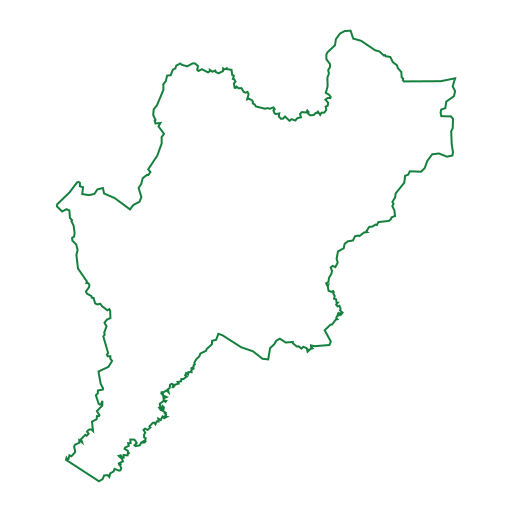 outline of Tonkpi, Dix-Huit Montagnes, Ivory Coast
{"feature_id": "98640826B98350089255378", "entity_name": "Tonkpi", "entity_type": "district", "adm_level": 2, "iso_a3": "CIV", "parent_name": "Ivory Coast", "parent_adm1": "Dix-Huit Montagnes", "projection": "albers", "projection_center": [-7.715, 7.368], "detail": "fine", "context": "isolated", "style": "outline", "palette": "green", "viewbox_px": 512, "rotation_deg": 0, "n_neighbors": 0, "source": "geoboundaries", "source_scale": "gbopen_adm2", "svg_char_len": 5963}
<svg xmlns="http://www.w3.org/2000/svg" viewBox="0 0 512 512"><path d="M209.8,69.9L209.9,71.2L208.0,72.4L201.9,69.2L198.4,71.0L197.2,69.8L198.0,66.0L194.9,63.4L192.6,63.4L187.2,66.3L182.0,64.9L180.2,63.5L176.3,65.6L175.3,68.4L172.8,69.8L170.7,75.2L167.1,75.6L165.8,81.1L163.3,84.4L163.4,89.9L156.9,105.4L153.7,109.3L153.2,115.0L155.5,120.0L154.7,120.8L155.5,123.5L160.4,123.0L158.5,126.4L164.0,133.8L161.6,137.2L161.7,143.4L157.3,155.6L148.2,169.3L150.4,172.1L148.3,175.0L147.1,174.8L142.7,178.2L141.2,184.1L138.6,188.0L141.4,197.0L139.5,201.8L133.4,204.9L130.0,209.4L114.7,198.1L104.1,193.5L102.9,188.0L97.4,189.4L94.5,193.8L92.3,194.4L88.9,195.1L82.3,194.1L83.0,187.2L79.9,186.3L79.9,182.8L78.5,181.9L77.0,182.5L69.6,192.3L57.2,204.3L56.9,206.4L62.2,211.5L66.5,209.2L69.4,210.5L69.9,217.9L72.0,220.1L71.4,221.2L73.6,225.6L74.6,233.1L74.1,236.5L72.1,237.9L72.4,240.6L76.3,244.6L77.6,250.2L76.4,254.8L78.0,268.5L87.0,281.6L86.4,283.0L88.4,283.3L89.4,285.0L89.0,287.3L85.9,291.5L87.0,293.7L91.3,296.0L92.1,297.9L93.6,298.0L95.1,303.4L97.2,304.4L100.4,303.8L102.1,306.3L107.4,310.3L109.3,309.1L110.2,310.9L110.4,318.1L106.8,319.7L104.5,322.7L106.5,326.4L104.2,332.7L104.7,334.7L103.3,336.4L108.1,353.0L106.9,354.6L107.6,356.2L110.4,356.3L110.3,358.7L112.1,360.9L108.4,366.9L98.5,371.5L100.6,383.6L103.1,388.4L102.8,389.6L97.9,390.5L97.8,393.4L95.9,395.2L98.6,403.7L100.0,404.6L101.1,404.1L102.4,400.8L102.3,405.5L96.9,411.1L99.4,415.2L99.0,416.1L96.9,416.2L96.6,419.3L92.0,421.6L93.0,431.0L91.5,429.5L89.5,429.4L87.5,430.9L87.0,431.8L88.6,433.5L88.0,434.5L86.6,435.8L85.3,434.8L81.0,439.2L82.1,442.4L79.3,440.1L79.2,442.8L75.2,444.6L74.1,446.5L75.2,451.6L74.6,452.9L71.3,456.3L69.4,455.3L68.4,459.1L67.4,459.4L66.5,457.9L66.0,459.8L99.0,481.3L102.6,479.1L104.1,475.5L107.6,475.1L109.3,477.0L110.1,473.5L113.6,471.4L114.6,468.9L119.2,470.7L120.4,470.3L121.2,468.2L120.0,465.1L121.2,463.8L119.3,464.7L118.8,463.4L122.9,461.5L122.0,458.9L118.8,455.9L120.7,455.3L122.3,457.8L123.6,457.7L123.6,455.0L127.6,455.4L128.0,452.9L129.7,453.5L127.9,452.5L127.8,450.7L124.6,448.9L125.1,447.6L128.8,445.8L128.1,443.2L130.6,443.1L130.3,439.5L133.9,439.5L135.2,440.5L136.7,443.1L134.5,445.2L135.6,446.1L139.8,445.3L141.1,442.8L144.7,442.4L145.2,441.7L143.2,441.4L145.2,440.3L145.7,438.2L144.1,437.4L144.1,434.5L145.3,432.8L143.5,429.9L145.0,428.6L147.6,429.9L150.4,427.4L149.5,426.3L153.0,422.7L154.1,422.6L155.4,424.3L156.7,421.4L158.6,421.5L158.3,418.6L160.7,420.1L162.5,416.5L164.2,418.2L166.6,416.9L164.1,416.6L165.9,415.7L166.1,414.3L164.9,413.6L165.7,412.7L162.0,410.4L163.3,410.1L163.9,407.4L162.5,406.0L161.8,409.2L160.7,409.9L159.2,407.8L160.3,407.5L159.8,403.7L163.8,400.8L165.5,401.9L166.2,400.9L163.7,400.2L163.4,396.9L164.5,396.5L164.8,397.8L166.5,397.0L163.0,395.4L162.8,393.4L162.1,394.3L161.3,393.4L161.6,392.2L163.6,392.2L166.5,390.4L168.6,392.4L167.9,389.4L169.7,387.9L170.1,384.7L171.7,383.8L173.3,384.6L172.6,387.2L173.3,387.2L175.3,384.6L178.6,383.6L177.6,382.0L181.1,381.3L181.3,379.1L183.5,379.0L186.9,376.4L185.2,375.3L186.2,373.0L188.1,374.3L188.4,372.1L191.6,372.2L191.3,370.2L193.2,368.8L191.7,368.1L193.7,366.8L193.6,365.2L194.8,364.4L194.4,362.7L196.3,359.2L199.3,356.4L200.3,353.6L206.0,350.8L206.6,349.1L211.9,344.3L212.1,340.8L216.1,339.8L218.4,333.8L222.5,335.3L241.3,347.3L253.0,351.3L262.5,358.8L268.2,359.4L270.1,348.1L274.1,344.4L276.3,340.7L279.8,338.7L285.7,342.5L292.8,342.0L292.8,343.2L297.0,346.6L298.6,346.3L301.5,348.6L303.3,346.8L306.3,348.0L308.1,349.8L307.2,350.1L307.6,351.7L310.4,349.0L312.5,348.4L311.0,346.8L311.0,345.4L314.5,346.2L329.4,345.0L330.8,341.5L324.7,330.2L330.5,324.7L332.1,324.5L335.9,319.5L337.4,319.2L336.3,317.8L336.9,316.3L339.0,315.2L337.8,314.2L338.3,313.1L340.2,313.3L341.0,314.6L342.6,312.7L340.1,310.4L340.6,308.6L339.4,305.8L337.6,306.4L336.2,304.7L337.7,302.8L336.6,302.9L336.1,299.4L334.1,298.7L334.7,296.0L333.3,293.6L333.8,292.1L333.1,291.1L331.7,291.9L328.6,290.8L327.7,286.1L328.3,284.7L327.0,285.1L326.2,283.3L328.4,282.0L329.0,277.8L331.4,273.8L332.0,270.9L330.7,267.4L332.7,265.9L335.3,267.1L337.7,262.6L336.6,258.8L338.0,251.4L343.7,248.3L344.7,243.7L347.9,241.3L352.9,240.5L355.0,236.3L358.0,235.5L359.5,236.1L364.0,232.5L367.2,232.1L366.3,231.4L369.2,226.9L372.3,226.6L375.5,224.6L376.9,225.1L378.3,222.1L388.8,220.9L390.9,219.2L391.5,217.4L395.0,216.0L394.4,210.4L392.3,206.1L393.5,203.8L392.4,201.9L395.2,197.3L395.6,193.5L404.3,182.7L405.1,175.8L408.2,174.7L409.8,171.3L421.1,171.7L424.7,168.1L427.3,160.9L432.2,154.3L438.9,153.5L447.0,156.7L452.4,155.5L453.0,152.3L451.7,144.0L451.2,131.1L452.7,128.3L453.0,118.9L450.9,116.4L441.3,116.2L440.6,112.5L441.2,109.6L445.3,108.1L446.3,101.6L454.0,96.1L455.1,91.2L452.7,86.3L455.1,78.3L440.8,81.2L403.8,81.4L402.8,80.0L403.2,78.7L401.7,77.4L401.3,72.0L397.8,68.1L397.1,65.4L392.9,62.2L390.3,57.0L385.7,56.2L385.1,55.1L383.8,55.5L379.5,51.5L375.2,50.3L361.1,40.8L353.2,38.6L350.6,30.7L344.8,31.0L339.9,33.6L335.9,39.2L335.0,45.2L327.5,52.3L326.3,54.6L326.4,59.2L330.0,64.1L330.1,66.9L328.2,70.1L328.9,73.7L327.4,77.6L327.6,86.2L325.8,92.9L328.9,94.6L330.7,96.9L330.3,98.1L327.6,98.0L325.4,99.7L328.1,102.7L327.7,105.7L325.7,106.6L326.3,109.9L324.2,112.7L321.5,112.7L320.2,114.9L317.5,110.9L317.7,112.8L315.5,113.1L313.8,115.0L310.1,115.3L308.1,113.6L308.6,112.0L307.3,110.5L306.3,112.5L301.8,112.1L300.0,114.0L301.0,117.3L297.3,118.2L295.3,120.5L291.6,119.2L289.5,120.8L285.0,116.5L283.1,118.6L281.0,118.8L278.8,116.5L279.3,113.4L276.0,114.1L274.6,113.3L273.4,110.4L274.7,109.2L273.4,107.4L269.7,108.8L267.7,108.1L265.1,108.7L255.9,106.5L254.7,104.4L252.8,103.5L252.9,101.6L251.7,100.1L248.8,98.7L247.2,99.3L248.6,94.1L247.5,91.9L245.7,92.7L243.7,91.9L241.4,88.1L238.5,88.3L236.6,86.6L235.5,88.0L234.6,87.7L233.9,83.3L235.5,81.7L234.1,79.1L232.9,78.9L233.8,75.7L232.2,74.9L231.5,69.8L226.6,69.1L226.6,68.3L224.6,69.4L223.1,68.4L222.9,71.2L218.5,73.3L215.6,71.9L215.3,70.6L212.4,71.7L209.8,69.9Z" fill="none" stroke="#15803d" stroke-width="2"/></svg>